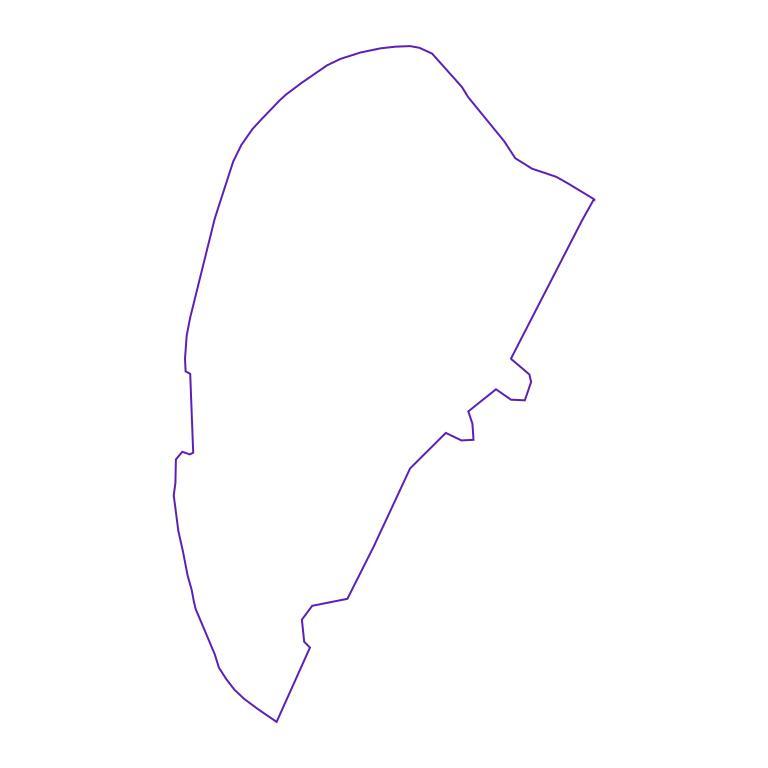 Niamina Dankunku, Central River, Gambia (orthographic projection)
{"feature_id": "56634734B21442074713298", "entity_name": "Niamina Dankunku", "entity_type": "district", "adm_level": 2, "iso_a3": "GMB", "parent_name": "Gambia", "parent_adm1": "Central River", "projection": "orthographic", "projection_center": [-15.324, 13.604], "detail": "fine", "context": "isolated", "style": "outline", "palette": "violet", "viewbox_px": 768, "rotation_deg": 0, "n_neighbors": 0, "source": "geoboundaries", "source_scale": "gbopen_adm2", "svg_char_len": 1266}
<svg xmlns="http://www.w3.org/2000/svg" viewBox="0 0 768 768"><path d="M276.6,721.9L308.1,651.7L310.0,647.6L304.2,641.8L301.9,619.7L302.3,619.1L312.2,605.8L347.4,598.8L348.1,597.4L361.5,570.8L367.1,559.6L373.9,546.2L376.0,541.6L386.8,518.5L394.0,503.0L410.1,468.4L445.5,433.2L445.8,432.9L461.4,440.4L462.1,440.4L463.5,440.3L473.5,439.8L473.3,436.8L473.3,436.5L472.4,423.6L468.3,411.4L495.7,389.5L496.0,389.3L511.0,399.7L524.8,400.3L527.4,392.9L531.1,382.0L529.4,374.5L520.4,366.8L513.5,361.0L512.2,359.9L511.0,358.7L512.4,355.9L513.0,354.7L581.7,221.1L593.8,199.4L594.3,199.7L594.3,199.4L568.4,183.7L556.2,176.8L532.0,168.7L521.0,161.8L515.3,158.3L504.3,141.4L467.9,96.8L462.1,87.2L432.1,53.6L419.4,47.8L410.1,46.1L395.1,46.7L380.1,48.4L360.5,52.5L340.4,58.9L327.1,65.3L316.2,72.8L301.7,82.8L286.2,94.4L279.8,100.2L260.8,120.0L252.2,129.3L251.1,131.0L241.3,145.0L233.2,161.5L214.8,218.4L190.2,317.5L186.7,335.5L185.0,358.7L185.6,371.4L190.2,373.8L193.2,452.7L189.8,454.4L182.3,451.8L175.9,459.4L175.4,483.2L173.7,495.4L175.6,509.6L176.0,512.8L178.3,530.8L183.0,551.7L187.6,575.5L191.7,590.0L194.0,602.2L195.7,609.1L203.3,627.1L214.8,654.4L218.9,667.7L226.4,679.3L234.5,689.8L244.3,699.0L257.6,708.9L276.6,721.9Z" fill="none" stroke="#5b21b6" stroke-width="2"/></svg>